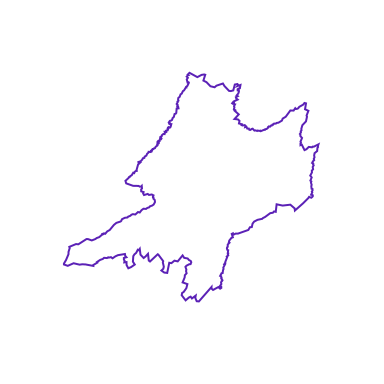 the district of Sabanas De San Angel, Magdalena, Colombia, rotated 229°
{"feature_id": "7082276B63741356680153", "entity_name": "Sabanas De San Angel", "entity_type": "district", "adm_level": 2, "iso_a3": "COL", "parent_name": "Colombia", "parent_adm1": "Magdalena", "projection": "equal_earth", "projection_center": [-74.238, 10.132], "detail": "fine", "context": "isolated", "style": "outline", "palette": "violet", "viewbox_px": 384, "rotation_deg": 229, "n_neighbors": 0, "source": "geoboundaries", "source_scale": "gbopen_adm2", "svg_char_len": 6115}
<svg xmlns="http://www.w3.org/2000/svg" viewBox="0 0 384 384"><g transform="rotate(229 192 192)"><path d="M231.1,63.4L229.9,62.9L227.8,59.5L226.1,58.0L223.3,52.3L222.0,48.4L221.3,47.8L217.8,49.8L215.9,55.9L210.9,59.5L209.5,61.7L207.2,64.1L201.0,69.0L201.7,69.4L200.8,74.2L201.5,74.3L201.0,78.2L200.0,80.7L200.0,82.5L197.9,84.5L197.7,85.9L197.1,86.1L196.0,88.1L194.1,88.5L193.7,92.0L192.9,94.7L189.2,100.7L187.6,99.7L185.8,99.7L186.9,97.3L185.6,96.2L184.4,96.1L183.3,94.7L182.1,96.6L179.8,94.7L176.2,93.9L175.3,96.7L174.8,101.2L178.2,101.7L182.1,105.6L182.7,107.6L182.7,110.0L184.0,113.2L183.0,113.6L183.4,115.3L178.5,112.0L173.9,112.2L173.8,114.7L174.2,118.2L168.6,114.4L167.1,114.7L167.5,125.3L166.9,125.5L158.7,124.9L158.0,123.8L154.1,121.7L152.9,120.0L152.8,117.4L149.4,118.2L147.2,120.2L153.5,128.4L151.8,129.8L151.7,133.7L149.0,135.7L150.3,143.3L147.4,142.9L144.7,145.1L142.5,145.1L140.8,145.8L139.5,145.4L138.5,143.6L139.3,142.5L140.0,139.5L139.8,137.9L137.2,136.9L136.2,135.6L134.2,134.6L133.9,132.0L132.4,130.5L129.9,125.6L125.5,128.1L123.1,124.6L122.0,120.0L122.3,118.4L120.9,116.5L114.4,116.1L114.4,120.5L113.9,122.3L111.7,122.1L111.4,126.8L109.9,125.0L106.5,123.9L104.9,125.4L107.5,144.4L106.4,143.4L104.3,143.6L103.0,149.4L100.6,149.8L100.4,151.2L101.3,151.9L102.0,151.2L102.7,151.3L103.3,153.8L104.6,154.5L105.3,155.7L105.1,156.3L105.4,157.1L107.4,157.3L107.6,157.9L108.1,157.8L109.2,158.7L110.2,158.2L111.3,161.0L110.7,161.9L112.7,164.2L113.2,165.3L114.4,166.0L115.6,169.1L116.3,168.8L116.7,170.0L116.4,170.4L117.4,171.3L120.0,176.2L120.5,176.1L120.5,177.9L121.5,178.2L121.9,179.0L122.3,178.8L124.3,181.1L125.2,180.7L126.6,181.4L127.2,182.2L127.2,183.0L128.9,184.5L129.1,186.6L129.5,186.3L130.9,188.3L131.5,191.7L131.0,193.1L134.3,194.5L134.0,195.7L132.7,194.9L132.0,197.6L130.4,199.5L126.4,209.6L127.4,212.6L126.3,214.1L128.4,217.0L128.9,219.5L128.0,223.2L125.7,227.4L125.8,228.4L125.2,230.8L124.7,237.2L123.3,239.4L123.5,241.2L122.1,242.2L127.2,247.8L122.3,251.5L117.9,257.9L112.3,258.7L110.5,257.5L110.6,268.4L111.1,275.7L111.5,277.1L109.4,278.3L109.4,279.7L109.7,280.6L110.5,281.0L111.8,280.1L112.8,282.5L113.7,282.7L114.1,284.0L115.2,284.9L116.0,284.4L118.2,285.9L118.9,287.0L121.0,287.9L121.7,289.0L122.9,288.8L124.5,291.9L126.8,292.0L128.1,295.4L129.5,296.4L129.7,298.3L131.7,299.5L132.3,301.3L133.2,301.4L133.6,302.0L135.1,301.7L135.2,302.7L135.8,303.1L135.9,305.1L137.1,305.6L137.8,307.2L139.5,308.2L140.9,310.0L140.8,313.3L143.0,315.6L143.2,316.6L144.1,317.2L145.0,318.7L146.3,313.6L147.1,312.8L147.0,311.9L149.4,309.7L149.2,306.4L149.8,304.4L155.6,305.9L156.1,304.8L156.6,305.6L157.2,305.4L157.9,306.7L158.8,306.9L160.6,310.5L163.2,310.5L164.2,311.5L165.0,311.5L165.5,313.3L166.5,313.9L166.7,315.1L167.9,315.9L170.0,319.1L170.5,324.3L173.4,328.2L174.5,328.6L176.9,333.1L180.3,331.6L184.1,336.2L185.4,335.3L185.0,333.2L185.9,328.8L185.5,327.0L185.9,325.7L186.5,324.9L187.5,324.9L186.8,322.1L189.0,319.7L187.3,312.1L187.9,308.6L186.9,306.7L187.6,302.7L188.6,301.2L188.6,300.2L189.8,298.8L189.6,297.3L190.1,297.0L189.8,295.9L190.3,295.4L190.1,293.8L191.1,293.1L191.1,292.0L190.6,291.7L190.6,289.7L191.4,288.3L191.1,287.7L191.7,287.1L192.8,283.8L193.5,283.8L193.9,282.9L195.3,281.9L195.3,281.2L196.8,280.4L197.4,279.4L200.0,279.3L200.5,278.2L200.5,276.9L201.3,276.1L202.6,276.5L203.6,275.3L205.6,275.9L206.1,274.7L206.8,275.7L207.9,275.7L209.0,273.8L210.0,273.3L210.4,274.1L212.9,272.4L214.5,274.5L216.6,274.3L219.2,272.0L219.9,278.2L225.4,277.5L225.4,278.3L227.0,277.9L228.1,279.6L229.2,280.0L229.9,281.9L230.5,281.4L231.3,281.9L231.8,280.7L232.6,280.5L233.0,282.8L231.8,287.1L233.6,286.8L234.8,287.3L234.3,289.4L235.6,289.1L236.0,291.6L237.0,293.3L237.9,294.0L238.7,293.1L239.6,293.8L239.6,294.9L238.9,296.2L241.0,298.8L242.1,296.0L242.3,297.1L243.7,297.1L245.0,294.8L241.6,289.8L242.7,287.5L244.0,286.3L250.7,286.0L253.6,286.5L256.2,280.2L256.2,277.8L259.7,275.3L265.4,275.0L268.6,273.7L271.8,278.9L272.7,278.3L274.1,276.1L275.2,271.4L283.6,268.3L283.4,265.8L282.7,265.9L283.1,265.2L282.5,264.5L282.5,263.7L280.9,263.8L280.4,261.9L277.6,260.5L277.1,261.4L276.5,261.3L275.1,258.1L275.2,256.6L274.6,256.3L274.9,255.8L273.9,252.6L274.1,251.3L273.0,248.8L273.2,247.4L271.9,245.1L272.0,243.5L271.1,242.3L269.8,241.7L269.8,240.4L269.2,240.2L268.5,238.2L267.1,238.3L266.5,237.1L265.5,236.6L264.9,236.6L264.9,237.2L264.0,236.7L265.0,235.1L262.0,232.0L261.8,231.1L262.3,230.0L260.6,227.6L260.5,225.8L259.5,224.3L259.6,223.1L260.2,222.0L259.7,220.0L258.3,219.6L258.0,220.4L257.5,220.1L256.8,220.9L255.2,218.6L255.1,217.6L256.3,217.0L256.4,216.1L255.9,215.3L255.4,215.8L254.5,214.1L255.3,212.6L254.4,212.1L255.1,211.2L254.3,211.2L254.5,210.3L253.7,209.3L254.6,208.5L254.6,206.5L254.0,205.8L254.3,204.1L253.8,203.6L253.2,204.2L252.4,204.1L252.1,203.1L252.8,202.3L251.8,201.1L252.7,200.3L252.6,199.0L252.2,198.6L251.9,199.5L251.4,199.7L250.6,198.9L251.1,197.9L250.6,196.8L250.0,196.9L249.8,196.3L250.0,194.3L249.4,192.8L249.9,191.8L249.7,191.2L250.3,190.5L250.0,189.0L249.6,189.3L249.1,188.1L249.9,187.7L249.4,186.9L250.8,185.6L250.3,184.9L250.3,183.2L249.4,181.4L249.8,179.5L249.0,178.4L249.7,177.0L249.1,175.8L248.9,173.4L249.8,171.2L249.0,170.8L248.2,171.7L248.1,169.3L245.0,164.6L244.2,164.2L244.8,163.1L244.7,161.5L244.2,160.8L245.1,160.3L244.2,157.5L244.5,155.8L244.2,154.9L244.6,154.1L244.2,153.3L244.1,149.1L241.7,148.0L235.3,151.6L231.6,155.7L230.3,156.1L229.5,157.1L229.6,158.1L227.5,156.6L227.3,155.3L225.8,154.1L223.7,155.4L223.0,154.2L221.2,153.8L219.6,157.3L218.0,157.6L216.5,160.0L214.8,160.7L214.6,159.9L213.7,159.1L213.2,159.4L212.3,158.5L210.7,158.7L209.4,158.0L208.6,157.3L207.7,154.8L207.9,153.0L208.8,150.8L208.5,149.7L209.3,147.8L209.4,146.2L211.2,144.4L211.4,142.0L210.8,139.1L212.3,138.1L212.2,134.5L214.1,132.8L214.6,131.3L214.5,129.9L215.3,127.6L215.1,126.6L216.6,124.4L217.4,121.3L216.6,119.6L216.6,118.7L218.3,114.7L218.4,111.5L217.3,104.9L217.9,102.2L217.4,99.1L218.1,98.6L218.3,97.7L218.7,98.0L219.2,96.6L218.8,96.4L218.8,92.4L219.8,89.8L219.9,88.2L221.2,84.6L224.7,82.6L225.7,81.5L227.1,71.9L228.8,70.3L231.1,63.4Z" fill="none" stroke="#5b21b6" stroke-width="2"/></g></svg>